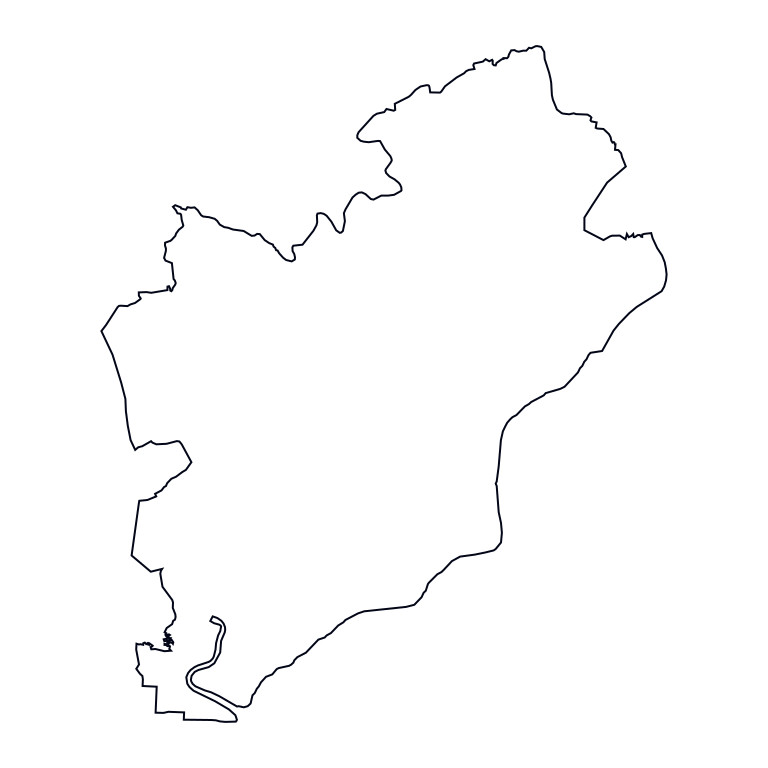 Yangon (East), Yangon, Myanmar
{"feature_id": "60261553B46723390806239", "entity_name": "Yangon (East)", "entity_type": "district", "adm_level": 2, "iso_a3": "MMR", "parent_name": "Myanmar", "parent_adm1": "Yangon", "projection": "orthographic", "projection_center": [96.224, 16.895], "detail": "fine", "context": "isolated", "style": "outline", "palette": "ink", "viewbox_px": 768, "rotation_deg": 0, "n_neighbors": 0, "source": "geoboundaries", "source_scale": "gbopen_adm2", "svg_char_len": 6075}
<svg xmlns="http://www.w3.org/2000/svg" viewBox="0 0 768 768"><path d="M651.2,233.1L644.2,233.9L642.2,234.6L642.2,236.9L641.0,236.6L639.8,235.0L637.7,235.1L634.7,237.2L633.7,237.1L633.2,234.0L631.2,236.1L628.7,237.2L626.9,234.0L625.6,239.3L619.8,235.6L612.3,235.7L610.1,236.3L603.5,240.1L584.4,230.2L584.4,217.6L592.4,205.0L607.1,182.6L625.8,166.5L622.1,157.2L621.1,153.2L618.3,150.1L615.0,149.8L615.5,144.5L615.0,144.6L614.4,142.6L613.8,142.1L612.5,142.6L611.3,140.6L610.6,137.2L608.9,134.1L603.5,129.0L597.1,128.5L595.7,127.8L596.6,122.4L591.4,121.4L590.5,120.4L591.4,117.5L590.3,116.3L587.5,114.6L576.1,114.1L573.7,113.3L569.2,114.3L563.1,113.6L561.6,113.1L556.9,109.5L552.9,99.7L551.9,95.2L551.2,82.8L550.5,78.7L549.1,72.7L544.7,59.0L544.2,52.0L541.2,46.9L537.3,46.1L535.6,46.2L531.3,48.3L529.0,47.8L526.3,50.7L523.0,50.7L518.8,51.7L516.5,51.2L514.5,50.1L511.2,50.4L508.9,54.6L508.4,56.7L507.1,58.2L503.5,58.1L503.6,58.8L501.7,59.3L496.5,63.0L495.7,65.4L493.8,65.2L492.6,63.9L492.7,60.6L492.1,59.8L489.3,61.3L485.6,59.2L482.9,61.6L474.1,63.5L473.3,65.1L474.5,69.0L468.8,69.9L466.1,71.2L464.2,73.2L456.6,77.5L445.0,86.3L441.2,91.7L440.0,92.6L430.2,92.4L429.5,87.3L429.0,85.8L428.2,85.3L426.5,85.2L420.5,86.5L415.4,90.0L410.9,95.0L408.7,96.8L394.8,103.8L395.2,109.9L393.7,110.7L386.5,109.0L384.2,112.1L376.9,113.7L373.4,115.9L358.6,132.2L357.3,135.2L357.3,137.8L360.6,140.8L363.9,141.7L368.8,142.2L378.0,140.9L380.1,141.1L384.8,149.5L390.4,156.2L391.6,159.1L391.7,160.7L390.5,162.8L385.8,169.3L385.4,170.6L386.2,173.1L389.5,176.5L394.5,179.3L398.7,182.8L400.1,184.6L401.3,187.5L401.5,190.3L401.0,191.0L394.1,194.8L388.1,195.6L381.3,195.6L373.5,199.6L370.8,199.0L365.5,194.1L361.9,192.4L358.7,192.7L355.6,194.7L352.5,197.5L345.5,209.4L343.9,213.2L344.9,221.2L342.9,231.0L341.1,232.6L339.7,232.8L336.2,230.3L331.4,221.7L326.7,215.8L323.9,213.9L320.8,213.1L317.5,213.6L316.9,215.3L317.2,222.3L316.4,225.4L313.4,230.8L302.5,244.7L293.3,245.7L292.4,247.3L292.6,251.1L294.2,253.9L295.0,257.3L294.8,259.5L291.7,261.4L286.1,260.0L283.1,257.7L279.1,253.2L277.6,250.5L276.1,250.2L275.3,248.0L273.6,246.6L272.9,244.6L269.2,243.1L264.7,240.1L259.8,234.1L257.1,233.9L254.5,235.6L251.6,235.8L243.7,231.0L232.9,229.5L228.2,227.8L224.2,227.1L219.8,224.6L217.2,220.9L214.7,218.8L209.1,217.2L203.1,216.5L201.1,215.2L197.8,210.3L194.6,207.4L191.0,207.8L187.4,207.2L185.9,209.7L181.2,208.5L180.8,207.4L175.2,205.2L173.0,206.8L176.0,210.4L177.4,213.3L180.4,213.8L181.1,214.8L181.7,219.9L183.3,225.5L182.7,226.7L178.9,229.7L176.1,233.5L175.3,235.9L171.7,239.8L170.5,240.8L165.1,242.7L165.0,245.5L165.9,248.4L165.9,250.8L164.1,257.9L165.5,260.6L171.9,263.1L173.6,279.1L174.8,280.4L175.7,283.0L175.3,284.5L172.7,288.2L172.3,290.1L171.3,291.2L170.3,290.6L170.1,288.6L169.0,286.2L167.5,286.6L167.4,290.1L151.3,292.8L146.6,292.1L138.8,292.4L138.9,295.8L140.7,298.4L140.4,299.1L135.0,303.0L130.5,304.4L127.5,306.1L120.8,305.7L119.0,305.9L117.7,307.0L106.2,324.8L101.4,331.1L112.5,354.6L121.2,382.7L125.4,398.9L125.9,411.2L127.8,425.8L130.6,440.1L135.2,449.9L138.2,447.3L142.3,446.2L151.1,441.2L152.4,442.6L156.3,444.3L166.6,443.8L176.9,441.1L179.4,441.5L181.7,444.3L191.4,462.2L185.9,469.9L182.2,472.1L176.1,476.7L171.3,478.8L167.2,483.1L165.9,486.1L164.1,487.0L161.5,490.4L155.1,493.8L156.2,496.4L147.4,500.0L139.3,500.8L139.0,502.3L131.6,555.5L150.8,571.7L162.1,568.9L160.9,570.8L160.3,573.7L162.5,586.8L172.3,600.1L173.0,602.6L172.8,607.9L175.3,614.3L175.6,616.9L175.0,619.6L173.2,620.8L172.1,624.2L166.7,628.0L164.6,632.3L166.1,633.1L165.4,634.8L166.0,635.8L167.7,634.5L169.0,634.4L169.9,635.0L168.4,636.1L168.5,636.7L167.3,637.2L168.1,637.9L170.3,638.1L169.3,639.2L169.4,639.7L170.2,640.4L171.5,639.6L173.3,642.3L172.9,643.8L172.2,642.9L170.4,642.5L168.2,640.4L167.4,640.6L166.5,638.7L163.7,639.3L164.3,641.1L167.1,641.0L167.1,642.0L169.0,643.3L168.5,644.0L167.3,643.8L166.1,644.3L164.5,643.8L164.5,644.9L166.0,645.0L167.5,646.1L169.6,645.9L170.0,646.5L169.3,648.9L171.0,650.7L164.4,651.2L155.4,649.0L151.3,649.3L150.6,647.1L152.4,646.3L152.7,645.7L148.8,643.0L148.3,643.4L148.7,644.7L147.8,644.4L147.4,643.3L146.2,644.1L144.8,642.6L143.3,643.2L143.2,644.8L140.4,644.2L139.0,644.5L136.5,643.7L136.2,649.5L139.0,664.5L136.3,668.8L139.9,673.7L142.4,676.0L142.9,679.5L142.6,686.0L156.7,686.7L155.6,712.7L163.5,712.9L168.4,711.8L184.1,712.4L183.8,719.7L211.2,720.0L215.8,720.3L219.9,721.4L225.3,721.9L235.8,721.6L236.6,720.6L236.9,719.7L235.4,715.2L228.9,709.4L215.2,701.3L193.5,690.7L189.5,687.1L187.3,683.7L186.3,677.2L188.1,673.0L190.5,670.1L194.4,667.2L197.8,665.5L208.5,662.0L210.5,660.9L212.8,658.5L213.8,656.5L215.5,649.7L216.1,643.1L218.1,635.5L220.3,631.0L221.1,626.3L220.5,625.4L219.1,624.6L214.0,623.2L210.3,621.0L212.7,616.4L217.3,618.0L221.4,620.8L223.6,623.6L225.0,627.1L225.2,629.9L224.7,632.5L221.1,640.9L220.2,652.5L214.3,663.3L208.7,667.1L198.4,670.0L194.7,671.9L191.6,675.8L190.9,679.8L191.3,681.5L192.6,683.8L195.4,686.3L204.8,690.4L211.1,692.3L219.3,696.2L237.0,706.5L238.7,706.2L243.8,707.3L247.7,706.2L250.6,703.5L252.5,695.3L254.8,693.0L256.8,688.8L258.8,686.4L261.0,682.3L266.0,676.8L272.3,674.4L276.6,669.2L278.6,668.1L289.1,665.8L291.1,664.7L293.4,662.6L294.3,660.3L297.4,657.1L305.9,652.7L318.4,639.6L324.7,637.5L326.7,635.4L330.9,633.1L338.2,625.5L343.4,622.3L345.4,620.0L358.0,613.4L364.2,611.3L406.1,606.9L414.3,604.8L421.6,597.2L423.6,592.8L425.8,590.7L427.9,584.1L428.8,582.8L437.4,574.2L441.4,572.1L443.6,570.0L451.9,561.1L460.1,556.6L474.9,554.6L485.2,552.5L493.7,550.4L495.7,549.0L501.0,542.5L501.9,532.8L501.0,522.9L498.7,512.2L496.7,486.0L495.7,483.6L496.7,481.5L498.7,466.4L500.9,440.2L502.9,431.3L504.9,427.1L507.2,422.7L510.2,419.3L512.4,417.2L516.4,415.1L524.9,406.4L528.9,404.1L531.2,402.0L543.7,395.4L545.7,393.1L560.2,388.9L564.5,386.8L578.0,372.4L580.0,368.2L582.3,365.9L584.3,361.7L586.5,359.3L588.5,355.1L590.5,352.8L602.1,351.0L613.6,330.5L618.9,323.9L629.3,313.1L636.6,307.0L661.6,291.2L664.2,286.6L666.0,280.4L666.6,274.6L665.9,268.5L664.7,262.2L662.0,255.4L657.2,248.1L652.6,238.2L651.2,233.1Z" fill="none" stroke="#020617" stroke-width="2"/></svg>